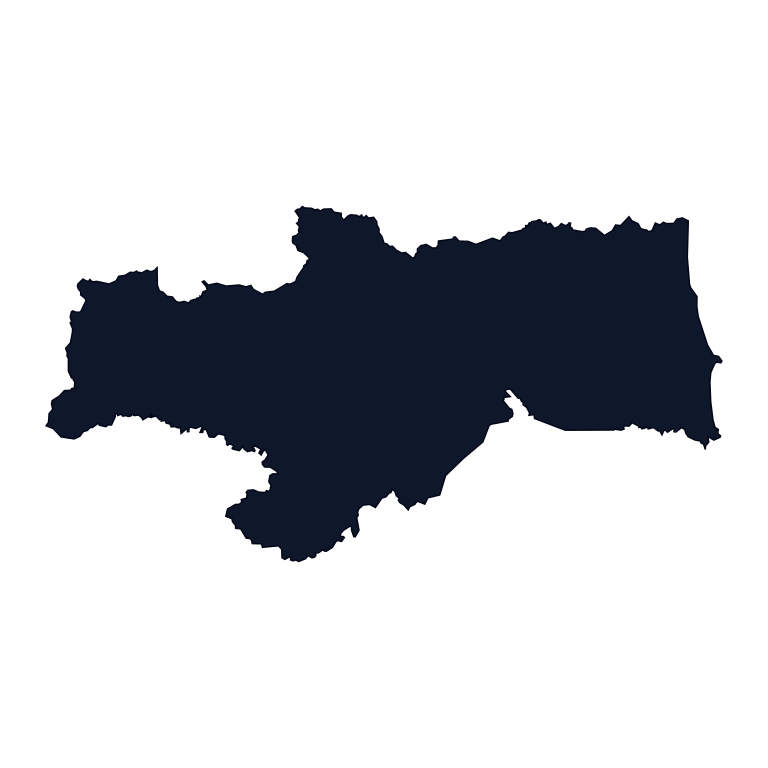 Hua Hin, Prachuap Khiri Khan, Thailand (Mercator projection)
{"feature_id": "78962969B56213444646576", "entity_name": "Hua Hin", "entity_type": "district", "adm_level": 2, "iso_a3": "THA", "parent_name": "Thailand", "parent_adm1": "Prachuap Khiri Khan", "projection": "mercator", "projection_center": [99.679, 12.495], "detail": "fine", "context": "isolated", "style": "filled", "palette": "ink", "viewbox_px": 768, "rotation_deg": 0, "n_neighbors": 0, "source": "geoboundaries", "source_scale": "gbopen_adm2", "svg_char_len": 6066}
<svg xmlns="http://www.w3.org/2000/svg" viewBox="0 0 768 768"><path d="M455.4,237.0L453.6,237.2L452.9,239.1L438.5,241.0L438.1,245.3L436.2,247.9L432.4,248.0L426.4,244.5L420.9,245.6L417.4,249.0L417.5,252.5L415.8,253.9L414.7,257.2L412.6,258.1L405.5,252.5L401.8,253.1L396.5,250.3L392.6,246.3L389.5,246.5L386.9,243.9L384.0,243.2L382.0,236.6L379.0,232.6L379.0,228.8L376.9,224.8L376.7,221.7L373.6,217.3L368.5,218.1L366.2,215.6L363.5,218.1L361.7,215.0L359.0,216.7L356.8,215.3L350.6,214.8L347.8,216.1L343.8,220.2L341.3,216.9L341.2,213.3L333.9,212.2L331.4,208.9L323.7,209.1L320.4,210.9L317.3,209.2L315.1,210.0L311.6,208.3L304.5,207.9L302.5,206.5L299.7,209.1L297.4,209.3L295.2,211.1L299.8,217.8L298.5,220.0L299.1,221.5L296.6,223.3L299.4,226.5L298.5,230.6L299.1,232.7L296.8,235.1L292.7,236.7L292.4,241.3L293.1,243.2L296.1,245.2L298.0,250.5L303.7,252.6L309.0,257.6L309.2,259.6L307.0,260.8L306.7,263.6L303.8,265.7L303.6,267.6L297.1,277.1L295.6,281.6L289.9,284.2L286.9,283.6L274.3,291.2L265.3,292.3L262.8,294.3L253.5,289.5L250.9,285.5L246.0,286.8L239.0,285.0L226.2,286.1L216.8,283.3L208.2,285.1L204.1,280.9L202.3,281.8L206.3,286.7L207.2,290.2L202.9,291.9L201.3,296.5L199.9,296.1L200.0,297.5L196.6,298.3L196.2,300.0L195.2,299.3L191.0,300.4L188.7,303.0L184.2,301.4L178.8,302.5L175.8,301.2L172.3,296.9L167.0,296.3L163.1,292.2L159.4,290.9L157.4,285.4L157.1,267.7L154.1,270.7L150.7,271.7L146.7,270.2L141.5,273.1L139.9,272.3L138.7,272.9L136.7,271.1L133.9,272.5L130.1,272.3L125.3,275.3L118.6,276.3L116.2,280.8L109.1,284.0L96.9,281.4L92.4,281.8L89.8,279.5L88.8,281.2L86.3,281.0L83.0,279.0L78.0,283.9L77.4,286.1L78.5,289.3L80.8,291.9L80.7,294.9L85.2,298.5L86.0,300.7L80.5,312.1L76.1,312.2L72.7,310.9L71.4,311.8L70.2,316.8L71.6,321.7L70.2,322.9L72.6,328.7L72.4,332.4L70.4,342.9L65.6,348.3L67.3,352.8L67.0,356.0L68.4,358.4L68.4,371.2L71.5,377.9L73.1,378.2L73.4,380.2L74.8,381.7L74.4,387.9L71.7,388.6L70.6,390.3L64.4,390.6L59.3,396.1L52.2,400.6L51.5,403.7L52.7,409.3L49.1,413.6L48.5,422.3L46.1,425.8L53.3,428.6L61.1,436.9L74.1,438.9L79.8,436.3L83.3,431.6L87.4,430.4L90.3,427.4L92.3,427.6L97.2,424.0L99.4,423.8L99.3,425.2L105.9,426.7L108.0,424.9L111.5,425.0L115.2,416.8L115.2,413.4L117.6,414.3L117.6,415.5L121.3,414.2L122.8,416.2L125.8,415.6L128.6,416.5L131.1,415.8L132.0,414.4L134.3,415.6L138.4,415.0L141.6,417.5L142.8,419.8L148.2,416.6L150.7,417.4L150.1,414.3L151.3,414.0L152.1,417.1L156.0,416.0L159.6,419.7L161.5,419.3L161.2,421.1L165.0,420.4L166.2,423.1L169.9,424.0L171.2,426.9L174.5,426.6L178.6,428.0L180.3,427.1L181.1,433.5L185.9,429.4L188.1,429.8L187.4,431.6L188.8,431.7L189.2,426.9L195.9,428.4L200.9,426.1L202.1,427.6L200.0,432.4L202.7,432.4L203.2,429.4L206.3,429.7L209.3,437.0L214.3,437.2L218.3,433.8L224.9,435.3L225.2,438.8L226.7,441.2L226.5,444.0L227.6,445.3L229.7,443.9L232.6,445.1L233.7,446.5L232.1,448.2L232.9,449.1L239.3,450.6L242.8,446.6L244.4,449.3L247.6,451.6L251.8,450.5L254.5,451.5L255.0,450.5L253.8,448.4L251.6,447.3L253.0,446.2L254.2,446.6L254.4,445.5L260.9,449.1L259.0,453.0L261.2,455.0L263.7,450.3L265.5,450.3L268.2,454.8L265.3,459.6L265.9,459.4L262.2,462.0L262.5,464.5L264.7,467.0L270.2,467.1L276.6,471.2L278.2,473.9L272.5,473.9L269.9,475.6L268.8,481.8L271.0,485.2L270.2,489.5L269.0,491.4L266.3,490.7L265.4,492.5L259.0,492.2L253.5,489.9L247.7,490.4L246.2,492.5L247.2,494.0L246.5,498.2L241.3,499.5L241.7,502.5L239.0,504.3L235.4,504.5L227.6,508.9L225.8,516.3L231.9,518.6L232.6,521.9L235.4,525.1L235.7,528.3L240.7,528.9L246.3,538.2L249.7,538.4L251.6,540.3L252.3,543.6L261.4,543.8L262.5,547.3L278.5,545.8L281.8,549.3L282.0,557.7L284.8,559.4L290.6,556.3L290.6,560.0L293.2,560.8L295.8,560.0L298.7,561.5L305.6,558.7L308.0,555.6L311.9,557.8L314.2,557.3L315.7,555.8L315.7,553.0L318.6,552.8L322.7,549.8L324.7,551.2L326.6,551.1L332.4,547.4L336.1,541.3L338.1,540.5L341.5,541.5L344.3,537.7L343.5,536.6L340.4,536.5L340.6,533.6L343.4,530.4L350.1,526.0L351.6,527.1L351.5,530.0L353.8,536.6L355.2,536.8L359.0,530.2L356.7,517.7L358.2,515.3L357.6,512.1L358.8,508.9L363.1,505.1L369.7,504.4L375.4,507.5L381.9,498.1L386.0,496.8L389.2,493.0L390.9,492.5L392.2,489.5L394.7,491.0L396.3,495.8L399.4,498.3L398.3,500.2L400.0,502.7L404.1,505.2L408.2,509.9L409.8,506.7L414.8,504.4L416.6,501.8L418.1,501.5L424.8,504.1L427.8,497.8L439.7,495.0L445.6,475.6L463.8,458.0L482.8,442.0L489.1,425.6L491.1,424.2L508.2,421.0L507.8,419.7L512.3,416.4L512.9,413.6L511.8,409.4L509.3,408.3L503.2,400.7L504.0,399.2L503.4,397.5L510.2,396.6L505.6,391.8L505.3,390.5L506.4,389.6L510.3,389.0L518.1,398.2L520.4,398.5L521.5,401.4L522.9,401.8L523.2,404.9L526.6,407.3L529.5,412.8L529.0,415.3L533.9,414.6L534.6,418.5L565.2,430.2L614.0,430.0L614.3,429.1L621.1,430.2L624.1,429.0L623.5,427.6L624.4,425.9L629.1,426.1L632.1,422.7L638.8,426.2L638.9,427.4L640.4,427.0L642.0,428.9L647.4,427.1L648.2,428.9L653.5,427.5L658.1,431.0L659.5,430.6L662.0,434.8L663.8,430.5L665.4,430.1L667.5,432.2L673.1,428.5L674.2,429.2L673.9,431.7L676.0,432.0L681.5,427.6L684.8,429.5L685.7,433.1L688.1,436.7L695.0,440.0L700.2,441.0L701.3,443.2L703.5,443.9L705.3,449.5L705.6,445.8L708.8,442.1L707.7,436.5L713.9,440.1L720.1,437.2L720.6,435.8L718.5,434.3L717.8,432.2L718.4,429.6L715.0,427.3L712.9,419.6L710.7,401.7L709.9,381.9L710.8,372.5L714.3,364.5L716.2,362.1L720.9,362.8L721.9,361.0L718.6,356.4L713.5,355.4L707.5,345.1L698.2,316.5L696.8,306.3L697.0,296.6L690.7,287.8L689.5,284.3L687.3,257.2L688.3,220.9L682.4,217.9L676.8,219.1L673.9,223.4L666.6,223.6L663.4,222.3L659.8,225.0L655.3,223.0L652.0,230.7L648.4,231.7L646.9,230.2L640.9,228.8L638.1,223.7L631.9,220.8L629.0,216.7L620.6,225.6L615.6,225.0L612.2,230.8L604.5,235.5L595.6,228.3L590.1,227.9L586.4,229.1L585.3,231.2L582.2,231.7L572.6,229.9L571.9,227.9L570.0,226.8L570.6,223.2L569.1,222.8L567.8,224.6L565.4,225.7L561.3,223.6L558.6,226.6L554.3,228.4L550.3,223.3L546.6,224.5L545.8,222.1L543.4,223.4L540.1,219.8L538.2,219.8L537.4,220.8L531.6,221.7L531.6,222.9L529.4,222.8L527.7,225.7L525.6,225.6L525.8,227.7L522.7,228.9L522.6,229.9L512.2,232.8L508.5,232.4L505.2,236.2L503.0,237.1L500.2,241.0L492.6,238.2L476.0,244.4L468.1,241.4L459.0,241.1L455.4,237.0Z" fill="#0f172a" stroke="#020617" stroke-width="1.5"/></svg>